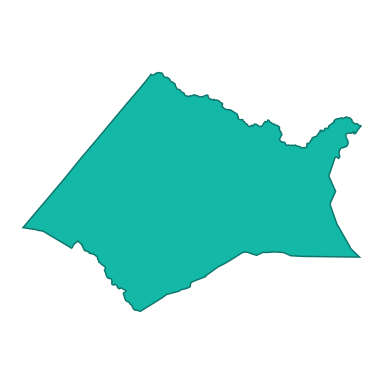 Massangena, Gaza, Mozambique
{"feature_id": "85939544B81330952052148", "entity_name": "Massangena", "entity_type": "district", "adm_level": 2, "iso_a3": "MOZ", "parent_name": "Mozambique", "parent_adm1": "Gaza", "projection": "robinson", "projection_center": [32.695, -21.744], "detail": "fine", "context": "isolated", "style": "filled", "palette": "teal", "viewbox_px": 384, "rotation_deg": 0, "n_neighbors": 0, "source": "geoboundaries", "source_scale": "gbopen_adm2", "svg_char_len": 5989}
<svg xmlns="http://www.w3.org/2000/svg" viewBox="0 0 384 384"><path d="M140.2,311.4L160.9,298.6L166.6,294.5L178.9,291.2L179.2,290.9L180.9,289.9L183.1,289.2L184.6,288.9L186.6,288.3L188.8,287.5L190.1,286.7L190.6,283.7L191.0,282.8L191.3,282.5L191.9,282.3L191.9,281.9L205.6,276.6L206.2,275.4L218.5,266.6L223.3,264.3L229.7,260.6L243.1,252.2L244.2,252.3L245.4,252.1L247.0,252.2L249.5,252.9L251.7,253.8L256.6,255.3L263.0,252.4L263.5,252.3L266.3,252.5L274.4,251.9L280.5,252.3L283.9,252.7L290.7,255.7L302.8,256.4L359.5,257.1L350.8,248.7L349.3,245.6L336.9,224.0L330.1,204.7L330.1,204.1L331.1,201.3L335.6,191.3L328.8,176.0L335.1,157.3L335.9,157.0L336.5,157.0L337.3,157.4L338.3,158.4L339.1,158.0L339.5,157.5L339.7,156.5L339.6,155.6L339.1,153.8L339.0,152.3L339.5,150.6L340.4,148.8L341.1,148.2L341.7,147.9L342.6,147.7L345.4,146.9L346.4,146.4L347.3,145.4L348.0,143.8L348.2,142.9L347.9,141.2L347.2,139.5L346.4,137.9L345.9,136.6L345.8,136.0L345.9,135.4L346.1,134.6L346.6,133.8L346.9,133.4L347.5,133.2L351.4,133.1L352.5,132.7L353.2,132.1L353.6,131.9L353.8,131.9L353.9,132.1L353.8,133.3L354.0,133.7L354.6,133.7L355.4,133.4L356.1,132.7L357.8,129.8L359.8,127.5L361.0,125.9L360.7,125.7L360.3,125.7L359.7,125.9L359.2,125.6L357.9,124.2L356.9,123.7L356.2,123.7L355.5,124.1L354.5,123.8L353.9,122.9L352.7,122.2L352.2,121.8L352.1,121.4L352.1,120.4L351.9,120.0L351.2,119.2L350.3,118.5L349.8,117.9L348.3,117.8L346.8,117.0L345.9,117.1L344.5,117.7L344.2,118.1L343.8,118.4L342.6,118.3L342.2,117.9L341.8,117.8L339.5,118.5L337.4,118.7L336.3,119.1L334.9,119.9L333.9,121.1L333.9,121.5L334.3,122.0L334.2,122.3L333.6,122.4L331.6,123.7L330.8,124.8L329.6,125.2L329.0,125.8L328.7,126.4L328.3,127.8L328.1,128.1L326.9,128.6L326.1,128.2L325.2,128.4L324.8,128.7L324.5,129.3L324.4,130.2L324.1,130.6L323.6,130.8L322.1,130.9L321.8,130.7L321.5,130.3L321.2,130.3L320.6,130.3L320.0,130.6L320.0,130.9L320.2,131.4L320.2,131.9L319.9,132.2L319.1,132.5L318.8,132.8L318.2,134.1L317.4,134.9L316.6,136.2L313.1,137.4L312.6,137.8L311.8,138.7L311.8,139.0L311.9,139.3L311.8,139.9L311.5,140.3L310.6,140.6L310.4,140.9L310.2,142.0L309.0,143.5L308.8,143.6L307.5,143.2L307.2,143.4L307.0,143.7L306.8,144.6L306.9,146.6L306.8,147.0L304.6,147.8L302.1,147.8L301.5,147.8L300.9,147.5L300.3,146.9L299.8,146.7L298.2,146.3L297.7,146.5L296.9,145.9L295.3,145.1L294.8,145.1L294.0,145.6L293.6,145.6L292.9,145.4L292.4,145.4L291.7,145.2L291.3,145.2L290.8,145.4L289.8,145.4L288.2,145.0L287.3,145.3L286.9,145.2L286.2,145.0L285.6,144.3L285.5,143.6L284.8,142.5L284.2,142.2L283.1,142.3L282.7,142.1L281.6,142.1L281.2,141.5L281.0,141.3L280.4,141.1L279.6,139.6L279.6,139.0L279.7,138.6L280.3,137.7L280.8,136.4L281.6,135.3L281.9,134.7L281.8,134.3L281.2,133.5L281.1,132.4L280.4,131.5L280.2,130.9L279.4,129.7L279.2,128.7L279.6,128.2L279.6,127.9L279.4,127.1L278.5,126.2L277.8,125.9L276.9,125.3L275.6,125.3L275.3,125.0L274.9,124.8L274.6,124.3L274.4,124.1L273.0,124.0L271.3,122.7L269.8,121.9L269.2,120.7L268.6,120.2L268.3,120.1L267.8,120.2L267.2,121.4L266.7,121.8L265.4,121.5L265.1,121.6L263.7,123.4L262.8,124.9L262.5,125.6L262.0,126.1L261.4,126.4L260.8,126.2L259.4,126.6L258.9,126.1L258.3,125.8L257.5,124.9L255.5,124.1L254.5,124.2L253.9,124.5L253.7,125.0L253.0,125.9L252.6,125.9L252.0,125.4L251.5,125.3L251.1,125.5L250.8,126.3L250.2,126.6L249.4,126.6L248.7,126.3L247.3,124.9L247.1,124.3L247.0,124.1L246.0,123.8L245.4,123.4L244.8,122.7L244.5,121.8L243.4,121.3L243.2,121.1L243.0,119.9L241.9,119.4L240.5,119.8L240.0,119.8L238.8,119.1L238.2,118.6L237.9,117.9L238.3,117.5L238.3,117.0L237.6,115.9L237.4,114.5L236.9,113.9L234.9,112.8L233.5,111.8L232.1,111.0L231.1,110.2L229.3,109.7L228.7,109.8L227.5,109.7L225.0,109.0L223.7,108.2L223.3,107.5L222.6,107.0L221.9,105.9L221.9,105.4L222.5,104.9L222.3,104.2L222.5,103.7L222.4,103.4L220.2,102.2L219.5,101.4L218.4,100.6L216.3,100.0L215.0,100.1L214.6,100.0L214.1,99.5L213.9,99.5L213.6,100.0L213.4,100.0L213.2,99.6L212.7,99.8L212.2,99.9L210.9,99.2L210.3,98.8L209.2,98.6L208.5,97.6L208.1,96.6L208.1,96.0L207.9,95.5L207.5,95.1L207.2,95.1L206.3,95.2L202.8,96.6L200.0,96.9L199.5,96.9L197.9,95.9L196.1,95.6L195.8,95.3L195.0,95.1L194.4,94.8L192.6,95.4L191.9,95.9L191.3,95.9L190.7,95.7L190.4,95.7L188.9,96.5L188.1,96.5L187.6,96.0L186.6,96.2L186.2,96.1L184.7,94.8L183.8,92.9L183.5,92.7L182.8,92.7L182.4,92.4L181.8,92.2L180.2,90.1L179.1,89.5L177.5,89.3L177.2,89.1L176.8,88.4L176.4,87.8L176.0,86.8L175.4,86.0L175.2,85.5L175.2,84.6L175.0,83.8L174.7,83.6L174.0,83.4L172.6,82.1L172.3,82.0L171.5,82.0L171.2,81.9L170.1,80.4L169.7,79.2L167.4,77.5L165.6,77.3L165.2,77.4L164.5,77.2L163.6,76.1L163.2,75.4L162.7,73.9L162.1,73.3L161.5,73.0L158.7,72.6L158.2,72.6L156.0,73.2L154.4,74.5L153.5,75.0L151.3,75.0L151.0,74.4L146.0,80.9L138.4,90.1L126.7,103.7L99.2,136.7L80.7,158.5L64.4,178.7L23.0,227.6L32.8,229.2L34.5,229.2L36.3,229.8L38.6,230.4L41.9,230.9L43.2,231.3L45.3,232.4L46.4,233.2L70.0,247.2L71.1,248.0L71.7,248.1L71.9,247.9L72.2,247.6L73.7,244.7L74.1,244.2L78.0,241.0L78.9,241.9L79.3,242.6L80.6,243.3L81.2,244.1L81.5,244.8L82.1,244.8L82.3,245.1L82.5,245.5L82.4,246.4L82.5,246.6L82.9,247.0L83.1,247.8L84.5,250.4L84.8,250.7L85.2,250.8L86.2,250.8L86.6,250.9L87.4,251.5L89.0,251.9L89.3,252.3L89.3,253.2L91.9,253.7L94.2,254.5L94.8,254.9L95.6,255.7L96.4,256.0L97.1,256.6L97.5,257.3L97.6,258.9L97.7,259.2L98.0,259.7L98.6,260.3L98.7,261.6L98.9,262.2L99.2,262.5L100.5,262.9L100.9,263.8L103.0,265.5L104.5,266.4L105.2,267.3L105.4,268.3L105.0,269.3L104.5,269.9L104.4,270.3L105.4,272.4L106.5,276.1L107.7,277.9L109.0,278.5L110.9,278.7L111.4,279.1L111.7,279.5L111.9,280.6L111.8,284.0L112.2,284.5L113.0,284.9L113.9,284.9L115.4,284.4L116.1,284.7L116.6,285.2L117.4,286.9L118.0,287.8L118.4,288.3L118.7,288.5L119.6,288.6L121.6,287.9L123.6,289.5L124.5,289.7L125.7,290.3L126.0,290.7L126.0,291.3L125.2,292.0L123.5,293.0L123.4,293.1L123.4,293.5L124.9,298.6L125.8,300.5L127.1,301.5L128.6,301.9L128.9,302.2L129.2,302.5L129.8,303.9L130.9,304.5L131.7,305.3L132.9,308.1L133.7,309.1L134.2,309.6L135.1,310.2L136.1,310.1L138.9,310.8L140.2,311.4Z" fill="#14b8a6" stroke="#0f766e" stroke-width="1.5"/></svg>